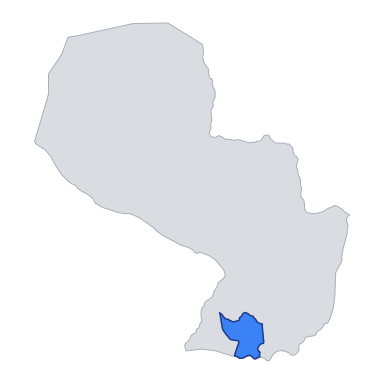 Paraguay, with Misiones highlighted
{"feature_id": "PRY-609", "entity_name": "Misiones", "entity_type": "Department", "adm_level": 1, "iso_a3": "PRY", "parent_name": "Paraguay", "parent_adm1": "", "projection": "mercator", "projection_center": [-57.038, -26.955], "detail": "fine", "context": "in_parent", "style": "filled", "palette": "blue", "viewbox_px": 384, "rotation_deg": 0, "n_neighbors": 0, "source": "natural_earth", "source_scale": "10m", "svg_char_len": 4848}
<svg xmlns="http://www.w3.org/2000/svg" viewBox="0 0 384 384"><path d="M202.7,58.0L203.6,60.9L204.1,63.1L205.3,64.7L206.5,66.8L207.8,68.0L208.6,70.0L208.4,72.3L208.9,75.2L209.5,77.7L210.1,78.4L211.9,79.0L212.8,81.3L212.1,82.5L212.4,83.8L213.0,85.1L212.4,86.3L212.8,87.3L214.0,88.2L215.1,91.3L215.2,96.8L214.0,99.7L213.0,102.1L212.7,103.6L213.5,105.7L212.2,108.2L210.7,111.3L211.1,113.4L211.4,115.4L211.5,117.5L211.9,119.5L211.4,121.7L210.9,123.5L210.6,125.7L211.2,128.1L210.1,130.4L209.5,132.0L209.3,133.6L210.4,136.1L213.2,137.2L215.5,137.4L217.6,136.1L219.2,135.7L222.1,136.9L224.9,139.0L228.3,139.3L231.4,139.7L233.8,140.4L237.3,139.6L240.9,140.4L245.1,141.6L248.5,142.7L252.0,142.4L254.6,142.3L257.3,141.1L259.9,141.2L261.9,139.0L263.0,137.2L264.0,135.8L266.9,134.8L268.9,135.4L270.5,138.9L273.3,140.9L274.4,142.4L276.5,143.1L281.1,143.2L284.0,143.1L287.2,144.1L289.3,144.1L291.2,146.0L292.9,148.3L293.1,152.4L294.7,155.7L296.9,156.9L298.0,158.9L297.6,161.7L296.6,164.5L296.7,167.6L297.8,170.4L297.8,173.3L298.6,176.1L300.1,178.5L300.6,182.4L300.3,185.3L301.3,186.9L301.7,189.2L301.1,191.1L300.8,193.6L300.9,195.9L301.7,197.8L303.9,200.3L304.5,204.6L304.5,207.6L305.5,211.1L307.4,212.7L310.4,213.3L313.8,213.8L318.0,213.0L321.8,212.0L323.9,211.1L327.9,208.5L331.5,207.0L333.4,206.1L335.1,205.4L338.7,207.0L342.1,209.1L344.7,211.9L349.5,215.0L348.6,215.8L346.6,218.3L346.7,221.3L348.0,225.7L346.8,234.8L343.1,248.8L341.6,257.0L342.2,259.3L340.8,263.4L335.7,272.2L335.5,278.1L334.9,296.0L333.2,308.6L330.3,318.0L327.6,323.0L325.3,323.6L323.6,325.1L322.5,327.5L320.6,329.5L317.8,331.1L316.2,332.8L316.0,334.7L313.3,335.9L308.2,336.5L305.1,338.0L304.2,340.5L302.5,342.5L299.9,343.9L298.7,346.4L298.9,349.7L297.4,352.7L294.3,355.1L291.5,355.2L288.9,352.9L285.5,351.3L281.1,350.6L277.5,351.2L274.6,353.1L272.0,356.1L269.8,360.3L267.3,361.0L264.5,358.2L261.0,357.3L256.8,358.4L253.5,358.0L251.0,356.2L247.2,356.0L242.0,357.4L231.5,355.8L215.8,350.9L202.4,349.1L186.1,350.9L184.7,345.9L185.5,343.2L188.2,341.2L189.9,338.9L190.5,336.3L192.4,334.3L195.4,333.0L196.6,331.6L196.2,330.3L196.8,329.0L198.5,328.0L199.5,326.3L199.8,324.1L200.4,322.9L201.6,322.1L201.7,320.5L201.0,315.7L201.1,311.7L201.9,308.6L202.9,306.7L203.6,306.3L204.3,305.1L204.6,303.3L205.6,301.5L210.9,298.0L212.8,296.0L213.0,294.3L213.8,291.9L216.9,286.8L217.8,284.4L217.9,283.1L219.0,281.9L222.7,279.1L224.8,276.4L225.1,273.9L224.2,271.0L222.1,267.8L215.4,259.9L210.2,256.3L203.6,253.3L199.3,252.3L197.2,253.4L195.0,252.6L192.9,249.9L189.3,247.8L181.6,245.4L164.2,236.2L157.3,231.7L155.0,229.0L148.5,224.0L137.8,216.9L129.7,213.5L124.0,213.7L114.9,211.6L102.3,207.3L95.1,203.1L93.2,199.0L88.5,195.0L81.2,190.9L77.4,188.2L77.1,186.9L74.9,185.3L70.9,183.2L66.4,179.6L61.6,174.6L56.4,166.9L50.9,156.5L44.9,149.5L38.6,145.8L35.4,143.4L35.4,142.3L34.5,141.1L35.3,139.1L37.6,131.2L41.0,119.8L44.4,108.0L48.5,94.1L48.5,84.2L48.5,73.9L54.3,65.4L58.4,59.4L62.0,53.6L65.6,43.8L68.0,37.3L77.2,35.8L92.7,32.4L100.5,30.7L116.9,27.1L133.5,23.5L151.0,23.3L167.9,23.0L181.0,31.1L191.0,37.3L202.0,44.2L202.7,45.6L203.5,51.4L202.7,58.0Z" fill="#d9dde1" stroke="#a8b0b8" stroke-width="1"/><path d="M242.1,358.3L240.6,358.2L240.3,358.2L239.4,358.2L239.0,358.0L238.7,357.8L237.7,356.9L237.3,356.8L237.3,356.7L235.6,356.3L235.2,356.2L234.8,356.0L234.6,355.7L235.3,352.8L238.6,343.2L238.8,341.6L238.6,341.0L237.5,340.7L230.7,339.6L230.4,339.5L226.1,334.4L223.0,330.0L222.6,329.1L222.4,328.4L219.8,313.0L221.0,313.6L221.7,314.5L221.9,314.7L222.3,314.9L222.6,315.2L222.8,315.6L223.0,316.4L223.2,316.7L223.4,317.0L224.4,317.5L224.6,317.8L224.8,318.2L225.1,318.5L225.6,318.8L228.3,319.4L228.8,319.6L229.1,320.0L229.5,320.4L230.0,320.6L231.0,320.9L231.6,321.3L232.4,321.7L233.4,321.8L236.7,321.1L238.7,320.4L239.1,320.1L239.4,319.7L239.5,319.2L239.5,318.5L239.5,318.0L239.7,317.6L240.0,317.3L240.6,317.1L240.9,316.9L241.0,316.7L241.2,316.3L241.4,316.1L241.8,315.9L242.0,315.6L242.1,315.3L242.2,314.9L242.4,314.4L242.8,313.9L243.2,313.4L243.8,313.0L244.0,312.8L244.3,312.7L244.7,312.6L245.1,312.6L245.4,312.6L245.8,312.6L246.0,312.7L248.3,313.9L249.1,314.5L250.3,315.5L251.0,315.9L251.7,316.0L252.2,315.9L252.6,316.1L253.0,316.2L254.3,318.3L255.4,319.0L255.6,319.3L255.9,319.8L256.2,320.4L256.9,321.5L257.5,322.1L259.1,323.2L259.7,323.5L260.2,323.6L261.4,323.6L262.0,323.8L262.4,324.1L262.4,324.5L262.4,324.9L262.2,325.3L262.1,325.5L262.2,326.0L263.7,341.3L263.6,342.7L263.3,343.4L261.4,343.7L261.1,343.8L260.8,344.0L259.8,345.1L259.5,345.4L259.1,345.6L258.7,346.0L258.4,346.7L257.9,348.4L257.8,349.3L257.9,350.0L258.1,350.4L258.3,350.7L259.7,351.9L259.8,352.2L260.0,352.5L259.8,353.0L259.7,353.2L259.6,353.5L259.7,356.7L258.1,357.2L256.1,358.7L254.8,359.0L254.7,359.0L253.4,358.1L251.1,355.8L249.8,355.3L248.4,355.4L247.0,356.0L243.3,358.0L242.1,358.3Z" fill="#3b82f6" stroke="#1e3a8a" stroke-width="1.5"/></svg>